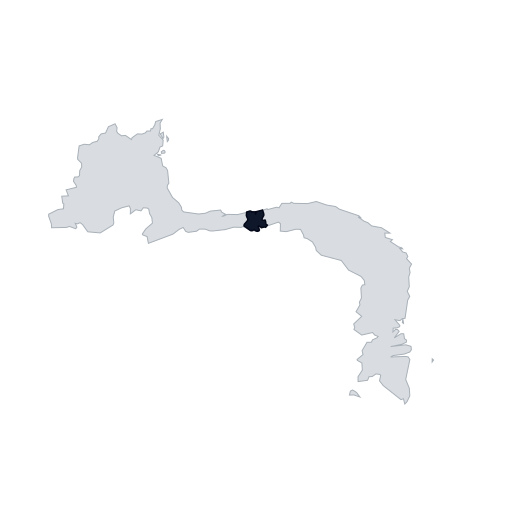 Quảng Trị on a map of Vietnam (orthographic projection), rotated 306°
{"feature_id": "VNM-489", "entity_name": "Quảng Trị", "entity_type": "Province", "adm_level": 1, "iso_a3": "VNM", "parent_name": "Vietnam", "parent_adm1": "", "projection": "orthographic", "projection_center": [106.962, 16.727], "detail": "fine", "context": "in_parent", "style": "filled", "palette": "ink", "viewbox_px": 512, "rotation_deg": 306, "n_neighbors": 0, "source": "natural_earth", "source_scale": "10m", "svg_char_len": 5064}
<svg xmlns="http://www.w3.org/2000/svg" viewBox="0 0 512 512"><g transform="rotate(306 256 256)"><path d="M311.4,99.9L307.1,100.3L302.6,103.9L296.6,106.3L295.2,112.8L290.2,115.8L287.8,114.3L282.8,115.7L277.5,114.3L279.3,121.8L274.0,127.6L274.5,131.4L273.1,134.3L263.7,142.7L261.0,142.8L258.9,144.1L254.3,154.0L253.6,162.3L251.6,167.0L249.5,169.0L249.1,171.5L256.1,184.7L260.8,189.9L265.5,192.7L272.4,200.4L271.3,202.5L271.8,206.8L268.5,205.5L268.9,206.1L272.9,208.4L278.7,216.8L289.1,225.6L290.7,230.0L300.7,237.2L300.5,238.2L307.6,244.0L308.5,246.3L313.8,246.0L318.7,252.7L320.3,252.8L320.8,255.6L328.8,267.0L335.5,272.7L338.8,283.3L342.8,291.3L342.9,296.0L349.0,315.5L348.6,318.1L347.5,315.6L347.7,323.1L348.7,327.0L348.3,331.8L352.6,340.9L353.3,350.9L350.2,346.7L347.0,349.7L349.4,356.8L346.7,356.2L347.1,365.8L348.3,369.1L348.0,370.4L346.6,367.9L345.5,372.5L346.7,375.6L344.9,379.1L342.3,379.4L340.9,386.6L336.3,387.2L333.0,390.5L328.9,391.8L321.2,398.1L316.3,399.1L313.7,404.1L309.4,404.7L293.2,413.2L291.3,411.2L288.3,410.4L286.1,405.9L284.4,413.2L283.2,413.7L280.7,412.3L278.3,409.4L275.0,411.4L278.7,412.0L279.7,413.9L279.2,416.1L271.0,416.0L278.4,419.0L279.9,421.2L276.4,424.7L276.4,427.2L274.7,428.3L270.6,426.1L261.9,418.2L272.2,429.4L274.0,434.5L271.5,436.8L268.6,436.8L263.7,433.5L256.0,425.4L253.4,424.3L262.5,435.8L263.8,438.3L262.7,441.3L244.1,449.7L239.1,457.8L233.3,462.6L227.0,463.8L223.7,463.4L227.2,459.2L225.0,457.7L225.9,435.2L227.6,429.3L232.8,427.0L232.9,425.7L231.1,422.3L226.8,420.9L224.8,418.4L221.0,419.3L214.4,412.4L218.3,409.5L226.2,409.1L231.7,404.5L231.1,399.3L231.7,398.6L239.2,400.5L241.7,397.5L251.4,396.5L254.1,400.1L256.5,399.5L260.9,402.0L262.7,402.1L261.8,398.5L262.6,395.3L254.2,388.0L254.1,378.4L256.2,377.9L258.4,375.0L269.3,377.0L269.7,369.7L277.6,368.8L279.4,366.8L284.0,366.0L291.7,359.7L295.0,359.2L296.8,360.9L299.9,357.9L301.2,353.0L299.0,339.2L302.5,327.7L295.0,308.3L295.9,301.5L298.1,299.1L300.5,293.5L300.2,287.2L299.0,284.2L301.0,282.0L303.7,276.4L301.2,272.6L293.5,266.2L290.4,261.0L296.5,256.8L296.6,254.2L284.0,245.4L281.8,240.8L278.8,242.6L276.6,241.5L273.6,237.0L272.4,228.5L270.4,227.1L266.2,221.0L259.1,215.4L250.7,206.2L249.0,203.5L248.0,199.3L244.5,194.4L241.2,193.4L235.3,187.3L234.6,184.7L236.3,180.3L232.2,178.1L224.8,175.9L203.0,161.5L207.7,156.5L206.5,151.9L207.0,151.1L213.0,150.9L221.7,152.9L225.9,149.1L227.8,144.9L230.9,141.7L230.9,139.9L228.8,136.5L224.9,136.4L222.8,131.6L216.2,129.6L220.6,126.5L222.0,123.9L215.9,118.9L209.4,115.3L203.6,117.6L199.1,121.6L197.0,122.1L183.1,116.4L176.7,105.7L179.5,97.2L179.6,94.1L176.9,92.5L176.2,90.5L174.1,94.1L172.1,94.1L170.2,87.6L167.8,86.0L158.7,74.0L161.7,71.6L166.3,64.9L168.0,63.7L177.2,68.5L181.0,72.5L185.1,70.0L185.2,68.5L190.2,63.7L194.4,68.9L197.9,63.5L206.1,70.4L207.4,69.1L209.1,64.5L211.5,63.2L213.3,62.9L215.5,65.7L217.4,65.9L221.5,63.2L225.6,62.7L228.5,60.3L229.4,55.0L230.4,54.0L241.1,48.2L245.4,51.3L248.1,55.9L251.8,57.1L255.7,60.2L258.8,59.8L259.9,58.7L263.7,58.9L267.1,62.0L273.9,60.6L280.1,64.3L278.1,68.2L274.9,70.0L274.1,72.1L274.2,76.6L276.8,79.4L277.0,86.8L278.8,86.2L285.1,88.3L287.5,92.0L290.5,94.1L293.0,94.3L295.1,97.2L297.2,96.2L298.2,97.5L302.7,97.0L305.8,95.8L311.4,99.9ZM204.4,412.9L204.7,417.5L203.0,423.0L201.2,417.0L198.4,413.3L202.2,411.8L204.4,412.9ZM301.7,108.2L297.9,111.7L296.5,111.7L298.4,106.7L301.7,108.2ZM286.7,121.4L285.6,121.6L283.5,119.3L284.6,118.1L287.0,118.9L287.5,120.0L286.7,121.4ZM299.6,116.4L298.1,117.1L296.4,117.0L300.4,113.3L299.6,116.4ZM280.4,116.3L282.0,120.0L279.8,118.1L280.4,116.3ZM291.3,411.9L288.2,415.0L288.1,413.6L291.3,411.9ZM276.2,460.8L273.8,460.8L276.4,459.0L276.2,460.8Z" fill="#d9dde1" stroke="#a8b0b8" stroke-width="1"/><path d="M277.6,243.3L277.0,242.9L276.5,242.1L276.2,241.0L276.1,240.7L276.2,239.2L276.1,238.8L275.7,238.6L275.4,238.6L274.8,238.4L274.3,238.1L273.7,237.4L273.4,236.8L273.3,236.1L273.3,228.6L273.9,228.3L274.7,227.9L279.1,228.3L280.1,228.1L280.9,227.8L281.3,227.3L281.6,226.7L282.0,225.9L282.7,224.9L283.2,224.3L285.9,222.7L286.1,222.6L288.9,224.7L289.3,225.5L289.1,226.6L289.5,226.9L290.9,229.0L291.3,229.2L291.4,229.4L291.3,229.6L291.1,229.7L290.9,229.8L290.8,230.0L290.7,230.2L289.7,230.7L289.7,230.9L290.4,230.9L290.7,230.9L291.0,230.7L291.0,230.4L291.0,230.2L291.5,229.8L291.9,230.0L292.1,230.2L292.2,230.3L292.6,230.6L296.1,233.6L297.0,234.2L296.9,234.5L295.0,237.1L294.2,237.9L293.7,238.3L293.1,238.5L290.6,238.8L289.4,239.2L289.0,239.5L288.8,239.8L288.9,240.3L289.1,240.8L289.4,241.3L289.7,241.6L290.2,242.0L290.4,242.1L290.4,242.3L290.3,242.6L289.3,243.8L288.1,244.8L287.7,245.3L287.6,245.7L287.7,247.0L287.3,247.1L286.3,247.0L285.3,247.0L285.0,246.9L284.7,246.7L284.5,245.9L284.4,245.6L284.2,245.5L283.6,245.1L283.1,244.7L282.9,244.4L282.5,243.6L282.4,243.6L282.1,243.8L282.0,243.7L282.0,243.4L282.3,242.3L282.2,241.2L281.7,240.4L281.1,240.4L280.5,241.4L280.4,241.9L280.1,242.2L279.4,242.6L279.2,242.9L279.2,243.1L279.2,243.3L278.9,243.5L278.6,243.6L278.4,243.6L278.4,243.2L277.6,243.3Z" fill="#0f172a" stroke="#020617" stroke-width="1.5"/></g></svg>